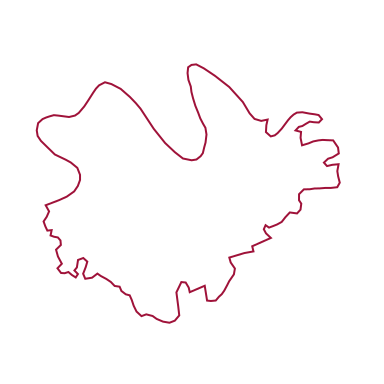 Doutor Maurício Cardoso, Rio Grande do Sul, Brazil, rotated 351°
{"feature_id": "56859067B86093452456643", "entity_name": "Doutor Maurício Cardoso", "entity_type": "district", "adm_level": 2, "iso_a3": "BRA", "parent_name": "Brazil", "parent_adm1": "Rio Grande do Sul", "projection": "natural_earth1", "projection_center": [-54.357, -27.488], "detail": "fine", "context": "isolated", "style": "outline", "palette": "rose", "viewbox_px": 384, "rotation_deg": 351, "n_neighbors": 0, "source": "geoboundaries", "source_scale": "gbopen_adm2", "svg_char_len": 2537}
<svg xmlns="http://www.w3.org/2000/svg" viewBox="0 0 384 384"><g transform="rotate(351 192 192)"><path d="M278.0,132.3L271.5,132.6L265.2,129.6L261.2,123.3L256.3,111.1L245.2,94.1L232.9,80.9L223.0,71.7L216.1,66.6L211.4,66.4L207.7,68.2L206.2,73.9L206.0,80.7L207.3,87.6L207.1,93.1L207.7,99.6L208.8,107.4L210.5,114.6L211.7,120.6L213.6,126.3L215.3,130.7L215.3,137.5L213.1,145.3L211.1,149.7L208.8,155.3L206.1,158.0L201.5,160.6L196.6,160.6L188.3,157.5L181.3,150.0L173.1,139.4L164.1,123.6L154.2,101.7L150.4,95.4L145.6,88.5L137.7,79.0L129.3,72.8L123.2,70.0L116.9,72.1L113.3,74.9L109.8,78.6L103.7,85.5L99.0,90.6L92.5,96.2L88.4,98.2L82.3,98.7L71.8,95.6L67.6,94.5L63.2,95.0L59.6,95.6L55.8,96.6L50.8,99.9L48.3,106.8L48.3,112.5L50.8,117.9L56.2,125.2L62.4,133.5L72.4,140.4L76.9,143.9L82.5,150.2L84.1,157.5L83.3,162.6L80.2,168.2L75.7,173.0L67.6,177.0L59.2,179.3L45.4,182.2L47.8,188.8L44.6,193.8L40.8,197.9L41.8,203.1L43.1,207.5L47.4,207.7L45.5,212.8L48.7,214.6L52.4,215.9L54.5,219.3L54.2,223.8L48.7,227.7L49.5,234.7L52.2,242.5L47.2,246.3L50.0,251.5L53.5,252.3L57.4,251.7L60.4,255.2L63.8,258.2L66.5,255.2L63.6,251.1L66.5,248.5L68.8,241.3L74.3,240.2L77.7,244.4L75.3,249.5L71.7,255.7L73.0,261.0L79.9,261.0L85.8,257.8L88.8,260.7L93.8,264.5L97.8,268.2L100.9,272.7L105.7,274.2L106.8,278.7L110.6,282.7L114.3,284.3L115.6,289.2L116.6,295.2L118.5,301.4L122.7,306.7L127.7,305.7L133.7,308.3L137.2,311.8L143.1,315.5L149.3,317.6L154.9,316.4L160.1,311.9L160.5,302.8L160.9,288.7L167.4,279.3L171.6,280.4L173.8,285.9L174.1,290.6L189.9,286.6L189.9,301.6L193.6,302.6L198.5,302.9L202.3,299.6L205.4,297.6L208.4,294.5L212.2,289.5L214.8,285.9L220.5,279.9L222.4,274.3L219.2,267.7L218.6,262.6L234.1,260.5L243.4,260.3L243.0,255.0L262.7,249.7L258.6,244.4L257.1,240.0L259.5,236.3L262.5,239.2L266.5,238.4L270.9,237.4L275.9,235.6L280.3,231.5L285.4,227.5L292.4,229.6L296.4,226.4L298.1,220.6L296.4,216.9L297.4,210.9L302.9,206.9L308.8,207.7L313.6,207.7L318.6,208.4L323.9,208.8L329.8,209.7L336.2,210.0L339.4,205.9L338.8,199.4L338.8,194.1L341.1,187.5L334.8,187.1L329.4,187.5L326.9,183.6L331.6,180.4L336.3,179.7L343.0,176.9L343.2,170.9L339.5,163.1L334.4,162.1L329.2,161.0L325.0,160.8L319.7,161.0L314.7,162.2L308.0,163.1L307.7,155.5L309.1,149.7L303.9,147.4L307.7,144.4L311.3,144.1L315.1,142.5L319.3,140.9L323.1,142.1L328.1,143.2L331.8,140.4L329.1,135.8L325.5,134.5L320.2,132.9L313.5,130.5L308.0,130.0L304.5,131.4L301.2,133.5L298.1,136.1L294.6,139.5L290.6,143.4L285.8,147.2L282.6,149.0L278.5,149.4L274.4,144.4L275.9,137.6L278.0,132.3Z" fill="none" stroke="#9f1239" stroke-width="2"/></g></svg>